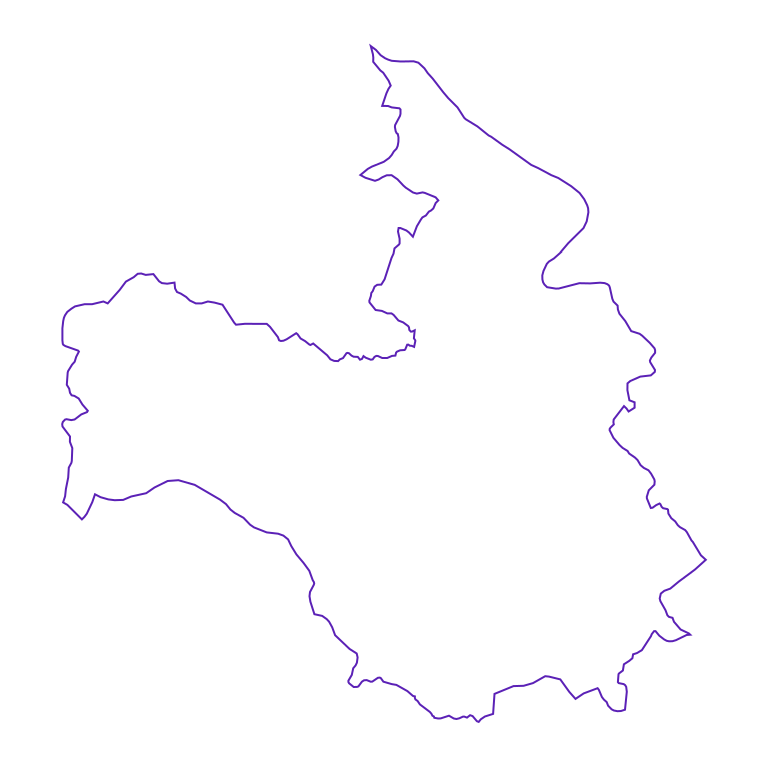 Mai Chau, Hòa Bình, Vietnam (orthographic projection)
{"feature_id": "81297802B54863694878388", "entity_name": "Mai Chau", "entity_type": "district", "adm_level": 2, "iso_a3": "VNM", "parent_name": "Vietnam", "parent_adm1": "Hòa Bình", "projection": "orthographic", "projection_center": [105.025, 20.716], "detail": "fine", "context": "isolated", "style": "outline", "palette": "violet", "viewbox_px": 768, "rotation_deg": 0, "n_neighbors": 0, "source": "geoboundaries", "source_scale": "gbopen_adm2", "svg_char_len": 6051}
<svg xmlns="http://www.w3.org/2000/svg" viewBox="0 0 768 768"><path d="M625.0,709.7L626.8,691.7L626.2,686.9L625.2,685.2L623.7,684.1L618.7,683.1L617.9,682.1L618.5,674.4L618.8,673.6L622.9,670.5L623.9,664.3L629.2,660.9L632.4,658.2L633.1,654.3L636.9,653.1L641.9,650.1L651.0,636.1L651.7,634.2L654.1,631.1L655.5,631.1L659.3,635.7L664.1,639.4L666.7,640.8L669.1,641.3L672.5,641.2L675.9,640.2L686.6,635.0L690.2,634.7L688.8,633.4L680.6,629.5L674.0,621.8L672.5,617.8L669.0,616.9L667.4,615.3L665.5,610.2L660.4,601.2L659.7,598.5L660.8,593.6L664.3,590.8L670.3,588.6L678.9,581.5L694.9,569.6L705.8,559.8L700.9,555.3L692.8,541.9L691.5,540.5L686.9,532.2L685.2,530.1L679.9,527.1L677.8,525.2L675.2,521.4L671.3,518.2L668.4,513.6L668.0,509.7L667.4,509.1L663.1,508.2L661.6,506.8L660.4,504.2L659.6,503.5L656.2,505.1L652.6,507.7L650.8,508.0L646.9,498.4L646.8,496.8L648.8,490.3L654.4,484.7L654.7,481.3L654.3,479.4L651.1,473.7L648.5,470.3L643.8,467.9L640.6,465.2L637.5,460.0L634.9,457.5L629.1,453.5L627.6,451.0L622.6,447.9L619.6,445.1L613.4,437.8L609.6,430.2L609.7,428.8L610.6,427.5L613.8,424.4L613.4,422.1L613.7,419.5L624.0,406.1L626.5,408.5L628.6,411.5L634.6,407.7L634.6,402.3L629.4,400.3L627.4,390.1L627.5,383.4L630.3,381.0L640.3,376.6L650.8,375.4L654.8,371.9L655.0,370.0L650.2,362.2L649.9,360.5L651.3,357.6L655.1,352.8L655.1,350.1L654.5,348.3L649.8,342.9L642.2,335.7L639.6,333.8L631.2,331.1L625.3,321.1L619.4,313.7L617.9,309.5L617.6,305.6L613.5,301.6L612.3,298.7L609.8,287.4L609.1,285.6L607.4,284.2L604.6,283.1L600.2,282.7L590.2,283.4L579.3,283.2L558.8,288.5L555.8,288.6L547.1,287.2L544.4,284.5L543.1,282.3L542.4,279.4L542.3,275.4L543.5,270.9L546.8,263.9L548.9,261.6L553.9,258.5L561.1,252.1L560.9,251.8L568.3,243.1L583.5,228.1L586.7,221.4L588.4,212.3L588.1,208.2L587.2,205.3L584.2,199.2L579.6,193.0L571.2,186.2L558.3,178.0L551.2,175.1L538.2,168.1L531.2,164.9L509.5,149.3L502.2,144.7L491.1,136.7L488.7,135.5L477.4,126.4L465.8,119.3L464.2,117.8L457.5,107.4L448.2,98.1L443.3,92.3L432.7,78.6L427.8,73.2L424.4,68.3L418.4,62.7L413.6,61.3L400.7,61.5L391.7,60.8L388.1,59.6L385.0,58.2L380.6,55.2L375.9,49.9L370.8,46.1L372.9,54.2L373.3,57.5L373.2,61.8L380.3,70.4L383.2,72.7L388.6,80.7L390.7,85.6L388.5,88.8L386.4,93.4L382.2,105.9L388.1,106.0L391.7,107.4L399.4,108.3L400.5,109.5L400.5,113.8L400.0,115.9L395.1,125.1L394.9,127.0L395.7,131.3L396.7,133.3L397.8,134.0L398.5,137.4L398.4,141.8L397.7,145.9L396.5,148.7L393.8,151.5L391.7,155.0L389.1,158.0L383.8,161.8L371.9,166.6L367.8,168.9L360.4,175.0L365.5,177.8L375.0,180.8L378.7,179.5L382.4,177.2L386.7,175.3L391.6,175.2L397.5,179.3L403.3,185.5L405.8,187.7L413.0,192.5L416.8,193.6L422.6,192.4L424.8,192.9L435.6,197.3L438.3,200.4L435.7,203.0L433.3,208.5L430.9,210.6L428.9,211.6L425.9,215.5L422.4,217.4L420.9,219.5L416.9,226.2L412.9,236.7L409.0,232.5L406.4,230.5L400.3,228.0L398.6,228.0L398.0,231.5L399.6,238.8L399.6,243.4L399.1,244.4L394.5,248.4L393.5,253.7L391.5,258.0L384.6,279.3L381.3,284.6L377.2,284.8L374.6,286.6L372.7,291.2L371.3,293.0L370.9,296.0L369.3,300.8L369.5,302.4L375.6,310.0L381.9,310.9L387.3,313.4L391.5,313.4L393.6,314.9L398.4,320.5L403.2,322.4L408.2,326.1L409.0,327.4L409.3,329.9L410.8,331.6L412.0,331.6L414.7,330.3L413.9,338.3L415.3,340.4L415.3,341.2L414.1,346.9L411.7,345.8L409.8,345.7L408.3,344.6L407.2,344.7L405.3,349.3L404.6,350.0L400.1,350.3L396.9,351.7L396.1,352.6L395.4,355.6L392.0,355.9L387.2,358.0L382.2,358.0L377.9,356.0L376.3,355.9L374.5,356.9L372.7,359.4L370.8,359.7L365.7,357.7L363.5,356.1L362.0,358.9L360.0,359.7L357.8,356.9L353.6,356.7L351.5,355.6L348.9,353.2L347.4,352.9L346.5,353.2L343.0,358.1L339.8,359.4L338.1,361.1L334.1,360.9L330.4,359.3L327.2,355.3L313.2,343.5L310.4,345.0L309.3,344.5L305.1,341.1L300.6,338.5L297.5,334.2L296.2,333.2L286.6,339.3L283.5,340.7L280.9,341.0L279.1,340.3L277.9,337.1L270.0,326.8L266.8,323.9L244.9,323.8L236.0,324.7L234.2,322.7L222.5,304.7L214.5,302.6L207.9,301.5L201.7,303.4L195.8,303.4L189.8,300.5L186.2,297.0L180.8,293.6L177.0,292.0L175.1,288.5L174.5,282.6L167.2,283.7L161.9,283.1L159.1,281.3L153.4,274.1L145.7,274.9L141.2,273.5L137.7,273.8L133.7,277.2L125.9,281.6L119.7,289.9L107.7,303.4L103.4,301.5L92.1,304.2L84.6,304.2L75.0,306.4L71.4,308.7L67.3,311.9L65.0,315.3L63.9,317.9L63.2,321.1L62.4,328.3L62.4,340.3L62.8,343.9L63.4,344.9L65.4,346.1L78.1,350.6L78.9,351.6L76.2,356.8L74.7,361.7L72.1,364.6L68.1,371.1L67.7,372.5L66.8,384.8L69.2,388.7L70.0,392.8L71.6,395.3L74.4,395.9L78.7,398.5L82.4,404.5L87.8,410.8L87.0,412.1L81.3,414.4L74.6,419.5L71.3,420.1L66.5,419.2L65.0,419.6L62.8,422.0L62.2,424.1L62.5,426.5L70.0,436.5L69.9,441.8L72.3,448.1L71.8,460.9L71.4,462.8L68.8,467.6L68.2,477.5L65.9,489.0L65.1,496.3L63.1,502.4L67.4,504.9L81.9,519.4L84.4,516.9L86.8,513.7L92.3,502.1L95.0,494.3L100.6,497.2L108.3,499.4L114.7,500.2L123.2,499.9L131.2,496.5L146.2,493.2L154.5,487.5L167.6,481.0L178.4,480.2L194.8,484.9L220.0,499.6L226.0,504.1L230.4,509.5L234.7,512.9L243.5,517.8L250.1,524.7L254.0,527.4L266.7,532.4L278.1,533.7L283.4,535.6L288.1,539.4L291.3,546.1L296.4,554.4L303.6,563.0L309.3,570.8L312.7,580.1L313.9,582.1L314.2,583.5L313.8,584.8L310.0,592.0L309.5,596.2L310.4,601.7L314.4,614.2L322.2,615.9L326.7,619.1L329.1,621.7L332.2,627.3L335.1,635.2L349.5,648.9L356.7,653.5L357.6,657.4L356.9,662.7L355.6,665.4L353.2,668.3L351.8,674.9L348.4,680.7L348.4,682.0L349.1,683.3L353.7,687.0L357.1,686.9L358.4,686.4L361.9,681.7L364.0,680.3L366.7,680.1L370.7,681.7L372.3,681.6L377.9,677.8L379.8,677.6L380.8,678.1L383.4,681.7L391.7,684.1L396.4,684.9L407.4,691.1L412.9,695.9L414.9,696.4L414.8,697.7L415.4,699.4L417.6,701.0L419.9,704.4L429.8,711.9L431.4,713.7L432.4,715.7L433.9,716.5L434.3,717.8L438.2,718.5L440.7,718.4L449.0,715.7L453.8,718.5L456.5,719.0L459.3,718.3L463.0,716.6L464.3,716.6L467.0,717.6L470.1,715.2L472.6,716.1L476.9,721.2L478.7,721.9L480.8,719.3L484.9,716.5L493.1,713.9L494.5,693.9L513.5,686.1L523.6,685.8L533.0,683.1L545.2,676.2L549.0,676.6L560.3,679.4L569.3,691.9L575.5,698.9L583.7,693.4L597.6,688.2L598.9,689.9L601.9,697.0L603.9,699.6L606.7,702.1L608.1,705.7L611.6,709.3L613.9,710.5L617.5,711.2L621.0,711.0L625.0,709.7Z" fill="none" stroke="#5b21b6" stroke-width="2"/></svg>